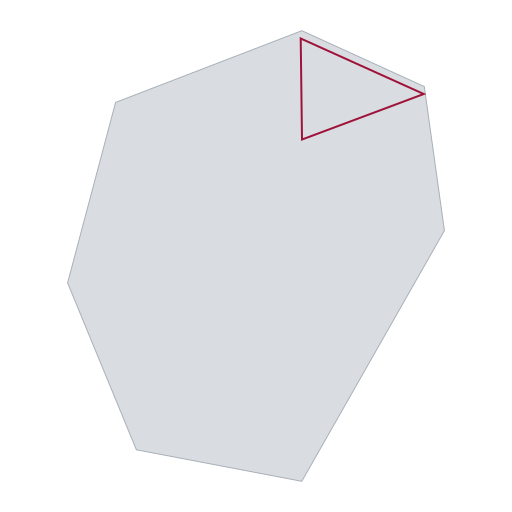 location of Anabar within Nauru
{"feature_id": "NRU-4979", "entity_name": "Anabar", "entity_type": "state/province", "adm_level": 1, "iso_a3": "NRU", "parent_name": "Nauru", "parent_adm1": "", "projection": "orthographic", "projection_center": [166.943, -0.497], "detail": "fine", "context": "in_parent", "style": "outline", "palette": "rose", "viewbox_px": 512, "rotation_deg": 0, "n_neighbors": 0, "source": "natural_earth", "source_scale": "10m", "svg_char_len": 327}
<svg xmlns="http://www.w3.org/2000/svg" viewBox="0 0 512 512"><path d="M444.4,230.6L301.8,481.3L136.4,449.8L67.6,282.9L115.6,102.4L301.8,30.7L424.3,86.6L444.4,230.6Z" fill="#d9dde1" stroke="#a8b0b8" stroke-width="1"/><path d="M300.7,38.5L423.7,94.0L302.0,139.5L300.7,38.5Z" fill="none" stroke="#9f1239" stroke-width="2"/></svg>